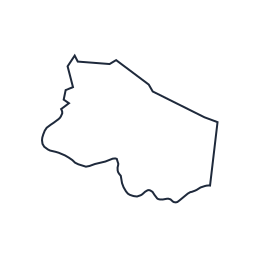 outline of Wood, West Virginia, United States of America, rotated 248°
{"feature_id": "52423323B9322907823760", "entity_name": "Wood", "entity_type": "district", "adm_level": 2, "iso_a3": "USA", "parent_name": "United States of America", "parent_adm1": "West Virginia", "projection": "equal_earth", "projection_center": [-81.577, 39.218], "detail": "fine", "context": "isolated", "style": "outline", "palette": "slate", "viewbox_px": 256, "rotation_deg": 248, "n_neighbors": 0, "source": "geoboundaries", "source_scale": "gbopen_adm2", "svg_char_len": 1243}
<svg xmlns="http://www.w3.org/2000/svg" viewBox="0 0 256 256"><g transform="rotate(248 128 128)"><path d="M41.1,144.7L40.9,146.1L41.6,148.7L44.8,158.9L45.2,161.8L44.9,163.2L44.8,166.7L44.9,168.5L45.7,173.0L45.4,177.5L45.1,179.4L44.5,181.3L43.9,182.5L99.9,213.2L109.3,202.9L152.6,164.6L160.5,163.5L195.4,142.4L194.2,134.9L208.4,106.3L215.1,105.7L207.8,95.1L186.5,92.3L186.5,84.4L178.4,79.0L173.1,82.5L170.6,73.1L169.1,73.2L167.8,73.1L166.2,72.5L163.9,70.1L163.0,68.8L162.3,67.1L160.7,61.0L160.0,57.6L158.7,52.7L156.7,49.8L155.0,48.2L154.0,47.2L151.3,45.0L148.9,43.7L145.3,42.8L142.0,43.3L138.1,45.7L136.3,47.3L133.0,52.0L131.0,54.5L126.2,59.3L122.7,62.0L119.1,64.4L115.7,65.9L113.0,68.3L107.9,74.5L107.2,78.1L107.0,83.8L105.4,94.4L105.3,102.3L104.6,104.7L103.6,106.0L98.5,105.6L97.5,105.1L95.2,103.5L92.5,102.5L90.8,102.3L88.9,102.6L86.4,103.4L79.1,101.8L74.7,101.7L70.0,102.4L67.2,103.3L65.4,104.6L63.5,106.8L62.6,108.0L61.1,110.7L60.9,114.4L61.0,115.6L61.4,117.0L62.5,120.0L62.9,122.7L62.8,123.6L62.5,124.3L61.7,125.3L59.6,126.8L56.0,127.5L53.5,128.2L51.7,128.7L51.3,129.0L50.8,129.4L49.8,130.8L48.7,133.4L47.8,137.7L47.4,138.8L45.9,140.7L43.1,142.0L42.1,142.8L41.1,144.5L41.1,144.7Z" fill="none" stroke="#1e293b" stroke-width="2"/></g></svg>